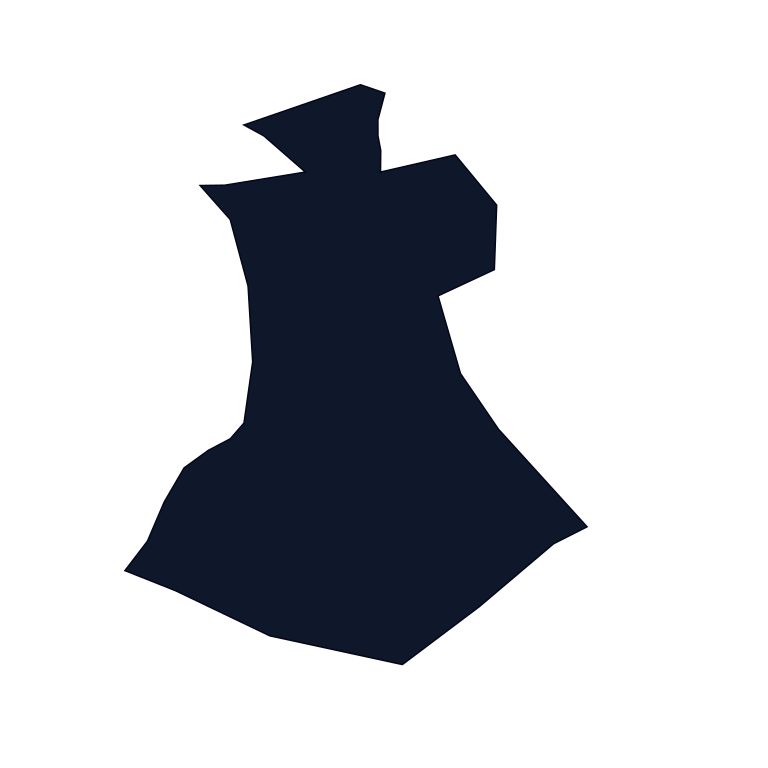 SVG path tracing the border of Tarrafal, rotated 19°
{"feature_id": "CPV-5045", "entity_name": "Tarrafal", "entity_type": "state/province", "adm_level": 1, "iso_a3": "CPV", "parent_name": "Cabo Verde", "parent_adm1": "", "projection": "albers", "projection_center": [-23.738, 15.256], "detail": "fine", "context": "isolated", "style": "filled", "palette": "ink", "viewbox_px": 768, "rotation_deg": 19, "n_neighbors": 0, "source": "natural_earth", "source_scale": "10m", "svg_char_len": 578}
<svg xmlns="http://www.w3.org/2000/svg" viewBox="0 0 768 768"><g transform="rotate(19 384 384)"><path d="M199.8,644.8L211.5,609.6L214.6,567.2L222.3,528.4L239.5,503.9L256.5,485.8L264.3,466.5L252.6,405.8L223.6,335.7L185.0,278.5L145.5,256.2L168.6,247.9L240.6,209.2L189.6,188.5L167.2,184.7L264.3,108.7L290.2,108.7L292.2,136.1L297.5,151.3L304.9,164.3L311.7,184.7L376.7,144.2L432.3,178.2L451.1,239.9L406.4,283.1L452.9,349.2L507.0,389.5L622.5,452.9L596.3,479.9L546.6,563.5L492.7,643.3L358.0,659.3L254.0,647.3L199.8,644.8Z" fill="#0f172a" stroke="#020617" stroke-width="1.5"/></g></svg>